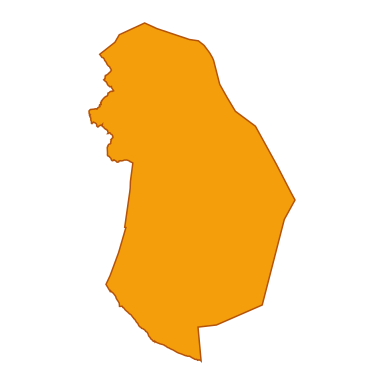 outline of Concepción del Oro, Zacatecas, Mexico
{"feature_id": "50627088B49626768055823", "entity_name": "Concepción del Oro", "entity_type": "district", "adm_level": 2, "iso_a3": "MEX", "parent_name": "Mexico", "parent_adm1": "Zacatecas", "projection": "albers", "projection_center": [-101.393, 24.45], "detail": "fine", "context": "isolated", "style": "filled", "palette": "amber", "viewbox_px": 384, "rotation_deg": 0, "n_neighbors": 0, "source": "geoboundaries", "source_scale": "gbopen_adm2", "svg_char_len": 5684}
<svg xmlns="http://www.w3.org/2000/svg" viewBox="0 0 384 384"><path d="M99.7,54.3L100.8,55.8L101.0,55.9L101.7,57.2L102.3,57.6L103.0,57.6L103.6,58.2L104.4,59.3L104.4,59.7L104.8,60.6L105.6,61.5L106.6,63.0L106.7,63.6L107.5,64.9L108.6,66.1L109.5,66.6L109.9,67.3L109.9,67.5L110.8,68.9L111.4,70.1L111.0,70.7L110.8,71.2L110.6,71.3L110.6,71.6L110.4,71.9L109.9,72.1L109.7,72.3L109.3,72.6L109.0,72.9L108.6,73.6L108.2,73.8L107.5,74.3L106.8,74.9L106.3,75.1L106.2,75.3L106.0,75.5L105.9,75.4L105.7,75.4L105.5,75.9L105.3,75.8L105.1,76.5L105.2,76.9L105.1,77.1L105.1,77.7L104.8,78.4L105.0,78.5L104.6,79.5L104.1,79.9L103.9,79.6L103.7,79.8L105.9,81.8L106.3,81.9L106.3,82.0L106.7,82.5L106.9,83.1L107.2,83.6L107.4,84.3L107.6,84.6L108.1,85.3L108.5,85.7L109.1,86.0L109.8,86.8L110.2,86.8L110.4,86.7L111.4,86.5L111.4,87.0L111.6,87.8L112.3,88.7L113.6,90.7L113.2,90.8L113.1,91.1L112.6,91.4L112.1,91.1L111.7,91.2L111.2,91.5L110.5,91.4L110.1,91.6L109.7,92.1L109.2,92.6L108.9,92.7L108.5,93.0L108.1,93.0L107.9,93.2L107.9,94.2L107.8,94.5L107.8,94.9L107.8,95.0L107.5,95.2L107.4,95.7L107.1,95.9L106.6,96.4L106.2,96.3L105.6,96.6L105.1,96.9L104.9,97.3L104.5,97.5L104.1,98.1L103.6,98.2L102.9,99.3L102.4,99.7L102.4,100.0L102.1,100.4L101.9,100.5L101.4,101.0L101.3,101.3L101.5,101.4L101.6,101.5L101.2,102.3L100.7,102.6L100.6,102.8L100.6,103.1L101.2,104.0L101.2,104.5L99.9,104.6L99.6,104.8L99.4,105.6L99.7,106.0L100.0,106.1L100.0,106.6L99.8,106.8L98.9,107.0L98.4,107.4L98.4,107.6L98.1,107.6L97.8,107.8L97.5,108.2L97.3,108.7L97.0,109.1L96.8,109.1L96.7,108.9L96.4,108.8L95.0,108.8L94.8,109.0L94.4,109.1L90.4,109.5L89.3,110.5L89.1,110.8L89.0,111.9L89.2,112.3L89.1,112.9L89.2,113.7L89.4,114.1L89.7,114.2L89.5,114.5L89.5,115.4L89.7,115.5L90.0,115.4L89.8,115.8L89.8,116.0L89.9,116.5L90.1,116.9L90.4,117.0L90.3,117.3L90.5,117.5L90.7,117.9L90.7,118.2L90.8,118.3L90.8,120.0L91.1,120.9L91.5,121.4L91.4,121.8L91.5,122.3L91.4,122.6L91.4,123.2L91.6,123.5L92.0,123.6L92.3,123.1L92.9,122.6L93.2,122.6L93.7,122.1L94.1,122.5L95.2,122.9L96.2,123.7L96.5,124.2L96.7,124.6L96.7,125.5L96.8,125.7L96.8,126.1L97.7,127.0L98.0,127.0L98.9,126.2L99.2,125.8L99.7,125.6L99.9,125.6L100.3,125.2L100.7,125.2L101.2,125.4L101.2,125.2L101.8,124.9L102.1,124.9L102.4,124.5L102.3,125.5L102.1,126.0L102.5,126.6L103.1,126.8L103.8,127.2L103.9,127.6L104.4,128.3L104.9,128.6L105.3,129.1L105.6,129.3L106.0,129.2L106.6,129.8L107.2,130.1L107.4,130.5L107.7,130.8L107.7,131.2L107.7,131.5L107.9,131.8L108.0,132.0L108.0,132.4L108.2,132.8L108.2,133.0L107.7,133.6L108.1,133.6L108.5,133.1L109.0,133.0L109.1,132.9L109.5,132.8L109.8,132.7L110.0,132.9L109.9,133.0L110.2,133.2L110.5,133.7L111.3,134.4L111.8,134.5L112.6,135.5L112.6,136.1L113.0,137.0L113.0,137.3L112.8,137.5L112.7,137.9L112.3,138.0L112.1,138.4L111.9,138.5L111.8,138.8L111.4,139.0L111.2,139.4L111.0,139.5L111.3,139.9L111.3,140.1L110.9,140.8L110.8,141.1L111.0,141.7L110.9,141.9L110.7,142.2L110.7,142.9L110.7,143.1L110.5,143.3L110.6,143.6L110.1,143.9L109.8,144.0L109.6,144.1L108.9,144.3L108.6,144.5L108.5,144.8L107.9,145.6L108.0,145.9L108.0,146.2L107.7,146.7L107.5,146.8L107.4,146.9L107.3,147.3L107.2,147.9L107.3,148.7L107.5,153.4L107.4,154.8L107.6,155.7L107.9,155.9L108.8,156.1L109.0,156.5L109.4,156.7L110.0,157.5L110.6,158.0L111.2,159.0L111.3,159.4L111.2,159.6L111.4,159.9L111.7,160.3L112.2,160.7L112.5,160.6L112.8,160.7L113.3,160.5L113.4,160.0L113.5,159.9L113.8,159.9L113.9,160.2L114.3,160.0L114.5,160.1L114.6,160.4L115.1,160.5L115.4,160.7L115.8,161.0L116.4,161.3L116.4,161.5L116.6,161.7L116.9,162.1L117.1,162.1L117.5,162.2L118.4,162.0L118.7,161.9L118.9,161.2L119.2,161.1L119.3,160.9L119.8,160.7L120.0,160.7L120.2,160.9L120.7,160.7L121.0,160.8L121.5,160.9L123.1,160.6L124.2,160.1L125.0,160.0L125.4,160.1L126.3,160.0L127.0,160.1L128.9,160.7L129.3,161.1L129.8,161.2L130.1,161.7L130.8,161.9L132.8,162.9L132.6,164.9L130.5,180.8L130.4,182.2L130.2,188.2L129.8,191.6L124.7,227.3L125.9,227.5L118.6,252.6L110.2,275.4L106.0,284.4L110.1,291.3L110.4,290.6L111.6,291.9L112.8,292.7L115.0,295.4L115.8,296.7L116.0,297.7L116.2,298.2L117.3,300.1L118.7,302.1L119.1,302.9L119.3,303.8L119.5,306.4L120.8,306.4L122.0,306.2L122.3,306.3L122.6,306.7L122.8,307.4L123.0,307.6L123.6,307.8L123.9,308.1L124.4,308.7L125.1,309.8L125.6,310.2L126.9,311.4L127.7,312.0L128.4,312.8L129.0,313.3L129.3,313.7L129.7,314.0L130.5,314.3L131.0,314.7L131.7,315.8L132.4,316.5L132.8,317.2L133.4,317.8L133.7,318.4L134.0,318.8L134.7,319.2L135.0,319.6L136.2,321.7L137.1,322.8L137.7,323.3L138.8,325.6L139.5,326.5L140.1,327.0L140.6,327.2L141.0,327.4L141.5,328.3L142.7,328.6L142.8,328.6L143.0,328.7L143.5,329.2L143.9,329.3L144.7,330.0L145.4,330.5L145.6,331.3L147.1,332.2L148.0,333.8L148.6,335.7L149.1,336.5L149.9,337.3L150.2,337.7L150.5,338.0L150.5,338.3L150.6,338.7L151.5,339.4L152.0,339.7L152.6,340.6L153.1,340.9L153.3,341.3L154.2,341.4L154.3,341.2L154.6,341.7L155.0,341.6L155.1,342.0L155.5,341.6L156.0,342.1L157.3,342.8L159.3,343.5L159.6,343.6L159.8,343.8L161.1,344.1L162.0,344.4L162.4,344.4L163.4,344.8L164.3,345.2L165.0,345.8L166.1,346.2L166.5,346.7L167.9,347.6L168.7,347.8L170.6,348.9L171.9,349.5L172.8,349.8L177.0,352.3L178.5,353.0L181.5,354.0L184.8,355.4L185.6,355.7L186.4,355.6L186.8,356.0L187.6,356.2L187.9,356.2L189.7,356.2L189.8,356.4L190.4,356.7L192.8,358.2L193.1,358.2L194.1,358.7L194.3,359.1L195.6,359.4L196.1,359.4L196.3,359.3L196.8,359.4L197.2,359.7L197.4,360.2L197.9,360.3L198.6,359.9L198.8,359.9L199.4,359.9L199.7,360.1L200.5,360.4L201.1,361.0L198.0,327.1L216.4,325.0L262.2,305.0L284.3,219.4L295.0,200.0L291.3,193.2L276.1,163.8L255.4,126.2L235.4,111.3L226.9,97.1L219.7,84.3L213.6,60.4L212.4,57.6L209.6,52.8L204.0,45.3L198.3,40.8L189.4,39.5L156.9,28.6L144.6,23.0L119.3,34.7L114.9,42.3L99.7,54.3Z" fill="#f59e0b" stroke="#b45309" stroke-width="1.5"/></svg>